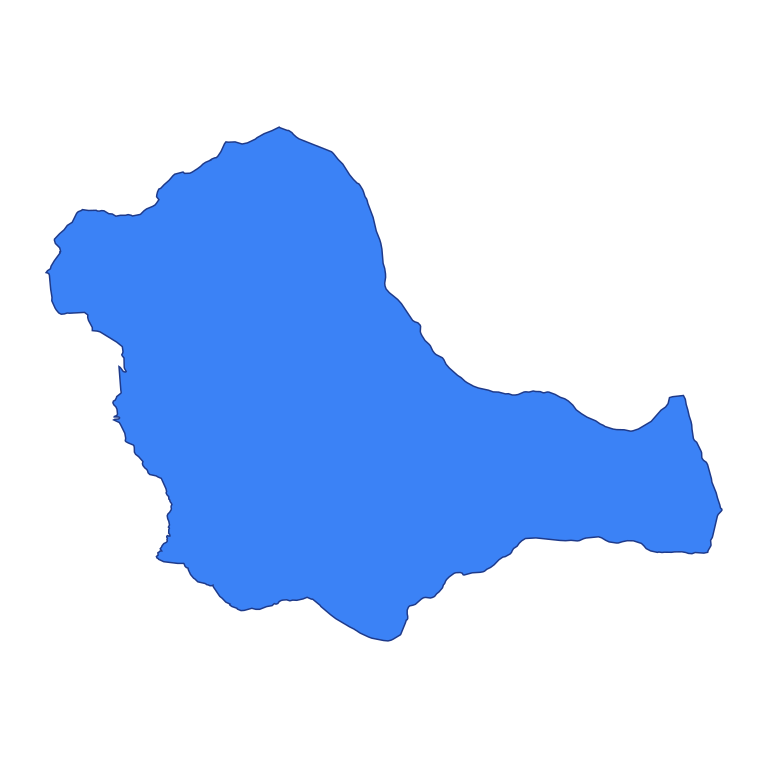 the district of Busteni, Prahova, Romania
{"feature_id": "2599482B44498880667390", "entity_name": "Busteni", "entity_type": "district", "adm_level": 2, "iso_a3": "ROU", "parent_name": "Romania", "parent_adm1": "Prahova", "projection": "natural_earth1", "projection_center": [25.539, 45.419], "detail": "fine", "context": "isolated", "style": "filled", "palette": "blue", "viewbox_px": 768, "rotation_deg": 0, "n_neighbors": 0, "source": "geoboundaries", "source_scale": "gbopen_adm2", "svg_char_len": 6087}
<svg xmlns="http://www.w3.org/2000/svg" viewBox="0 0 768 768"><path d="M703.9,553.1L707.7,552.3L708.1,550.6L710.9,545.7L711.0,544.9L710.6,540.3L712.3,537.5L712.9,535.2L717.4,516.0L718.2,514.4L721.1,511.3L721.9,510.2L721.9,509.6L721.8,509.1L720.6,508.1L720.3,507.2L719.8,504.9L717.5,498.0L716.2,492.9L711.9,482.2L711.4,478.7L707.6,464.7L706.3,462.3L703.5,460.3L702.3,458.7L701.8,457.6L701.6,452.8L701.1,451.3L696.7,442.3L694.4,440.4L693.4,438.5L692.0,429.2L691.7,424.8L691.0,421.5L689.2,416.1L687.8,409.9L686.2,404.5L685.3,399.2L683.4,395.5L672.6,396.7L669.5,397.6L668.1,403.6L665.6,407.0L661.0,410.2L651.2,421.4L638.4,429.0L633.0,430.8L630.8,431.2L624.2,429.8L616.6,429.6L613.2,429.1L605.0,426.5L603.5,425.4L600.1,423.9L595.8,420.9L587.1,417.2L581.3,413.6L576.2,409.8L572.8,405.1L568.3,401.0L564.8,398.8L560.3,397.3L555.1,394.4L548.9,392.1L547.2,392.0L544.6,392.7L543.2,392.8L540.2,391.6L535.7,391.5L533.2,391.0L529.0,392.1L525.8,391.8L524.0,392.0L518.2,394.5L515.3,395.0L512.3,395.0L508.5,393.7L505.5,393.9L498.6,392.1L493.2,391.9L488.5,390.2L478.4,388.0L473.5,386.2L467.1,382.7L464.8,381.1L461.3,377.8L457.6,375.4L449.4,368.1L446.0,364.2L443.8,359.6L442.4,357.8L436.1,354.6L434.5,353.2L432.7,350.8L430.4,345.9L429.2,344.4L425.0,340.5L421.9,335.6L420.7,333.1L420.3,331.4L420.6,326.4L420.2,325.2L417.9,322.8L414.8,321.8L412.6,320.4L401.5,303.8L397.7,299.5L389.2,292.6L386.1,289.0L385.0,285.9L384.7,283.2L385.6,277.3L385.5,273.9L384.7,268.5L383.1,263.3L381.9,249.1L380.8,243.3L379.7,239.6L376.3,231.1L373.1,217.4L367.8,203.3L367.2,200.7L366.6,199.0L365.0,196.6L363.5,191.8L362.6,189.6L360.1,185.5L358.8,183.8L357.2,183.2L353.4,179.4L349.6,174.8L342.8,164.1L338.2,159.5L333.4,153.5L331.6,151.8L299.1,138.9L296.4,137.1L293.5,134.5L291.9,132.6L288.7,130.5L287.2,130.4L279.9,127.7L279.2,127.1L271.9,130.7L264.1,133.7L257.0,137.7L255.4,139.1L247.4,142.9L242.1,144.0L235.1,141.9L228.3,142.2L225.9,141.9L224.5,143.8L221.0,151.5L218.0,156.0L216.4,157.6L214.6,157.9L211.9,159.0L210.4,160.0L210.6,160.2L205.6,162.3L202.9,164.1L200.7,166.3L197.5,168.7L192.0,172.2L189.9,173.2L184.5,173.4L183.2,172.1L182.7,172.1L174.7,174.2L172.9,175.8L169.1,180.3L164.1,184.7L160.7,188.3L158.8,189.1L157.5,192.0L156.8,194.9L156.6,196.8L158.9,199.6L156.5,203.2L155.0,205.0L152.6,206.4L146.6,208.9L144.1,210.7L140.4,214.4L132.4,216.0L131.3,215.3L128.1,214.6L125.5,215.3L120.3,215.3L115.9,216.2L112.3,214.0L108.8,213.7L104.0,210.8L101.5,210.6L99.3,211.1L97.4,211.0L96.2,210.3L88.5,210.5L82.3,209.6L81.6,210.4L78.2,211.7L76.7,213.2L72.2,222.3L67.3,225.4L64.1,229.8L59.7,233.6L54.5,239.1L54.4,240.3L55.4,243.5L59.7,247.8L60.6,251.3L59.8,251.8L59.7,252.2L60.2,252.8L54.4,260.6L51.1,266.1L50.4,268.8L47.5,270.7L46.1,272.6L47.7,273.0L49.0,274.0L49.4,275.2L50.7,289.4L52.0,297.4L51.8,300.8L55.1,308.1L56.3,310.0L58.7,312.9L61.2,314.2L64.4,313.9L67.2,313.0L69.6,313.2L84.5,312.4L87.8,314.9L87.7,317.4L88.5,320.4L92.3,327.5L92.3,330.6L97.3,331.1L100.1,331.9L116.7,342.1L122.3,346.6L123.0,351.5L122.7,353.1L121.8,354.6L122.1,355.6L124.0,358.0L124.2,367.3L124.6,368.7L126.2,371.4L125.7,372.0L125.0,372.0L123.3,371.5L120.2,367.4L119.0,366.6L120.8,390.0L121.2,392.5L120.8,393.3L116.7,396.6L116.4,397.8L115.1,400.2L113.4,401.1L112.9,402.8L113.8,404.8L115.9,406.9L117.0,409.3L117.5,414.0L116.8,415.5L114.3,416.5L114.2,416.9L118.8,417.0L119.6,417.9L119.3,418.5L118.4,419.0L114.7,419.3L113.7,419.9L119.3,422.5L120.7,424.9L124.8,433.2L125.7,438.2L125.3,440.8L126.0,441.7L128.2,442.9L133.3,445.0L133.9,445.7L134.3,447.6L134.4,452.1L135.6,454.3L138.7,456.7L142.9,461.5L142.4,463.8L143.0,465.6L144.8,467.9L146.8,469.5L147.6,471.0L148.1,472.8L149.8,474.5L156.2,475.9L157.8,476.9L161.3,478.4L166.0,488.8L166.6,491.6L166.1,492.9L166.6,494.0L167.3,495.2L168.6,496.5L168.9,499.2L169.7,499.9L170.1,501.6L171.4,503.3L171.9,504.6L171.1,506.1L171.1,507.4L171.4,508.6L171.1,509.9L169.6,512.3L167.9,514.0L167.2,515.8L167.7,518.7L168.8,521.3L169.5,525.0L168.4,527.1L169.2,527.8L169.4,528.3L168.8,529.3L168.7,533.2L169.6,534.3L170.0,535.9L169.0,536.2L167.6,535.6L166.8,536.2L166.7,536.9L167.4,538.6L166.9,539.8L167.3,540.7L167.1,541.5L166.4,542.3L163.8,543.6L162.1,545.7L161.6,547.0L160.2,548.8L161.7,550.9L159.9,551.1L159.5,551.7L157.9,552.7L158.1,555.1L156.4,556.5L157.0,558.0L158.2,558.6L158.6,559.3L163.7,561.7L177.7,563.4L183.7,563.4L184.2,564.1L185.0,566.2L186.3,567.5L188.1,568.2L188.3,569.7L190.6,574.6L193.6,578.2L194.9,579.0L197.8,581.8L205.1,583.5L207.1,584.8L208.0,584.8L209.9,585.7L211.7,585.7L213.0,585.2L213.0,586.1L213.9,587.7L219.8,596.4L222.1,598.2L225.8,602.1L230.0,604.1L229.7,604.4L229.9,605.1L231.9,606.5L237.0,608.3L237.4,609.1L241.0,610.6L244.2,610.4L251.8,608.3L255.8,609.3L259.7,609.3L266.6,606.6L272.1,605.6L274.3,603.6L275.9,604.1L276.8,603.9L277.9,603.4L279.2,601.6L281.1,600.5L282.7,600.1L286.6,599.8L289.9,600.8L292.7,600.1L296.8,600.3L303.1,598.9L307.1,597.3L311.3,599.1L312.7,599.2L320.1,605.3L320.9,606.5L330.7,614.8L335.7,618.6L349.5,626.8L353.9,629.0L360.2,633.1L368.6,637.0L371.9,638.2L383.6,640.5L388.0,640.9L391.0,640.2L393.1,639.2L400.4,634.8L400.7,634.4L405.3,623.1L406.3,620.1L407.2,619.6L407.7,618.5L407.7,616.3L407.2,613.9L407.2,610.1L408.4,607.2L409.6,605.9L412.9,605.2L415.4,604.3L421.4,599.0L423.6,597.7L425.6,597.4L430.4,598.0L432.6,597.4L434.6,596.4L436.6,593.8L439.1,591.8L442.5,587.8L443.4,584.9L444.6,583.6L445.6,581.0L446.6,579.5L449.3,576.8L454.1,573.3L455.9,572.7L460.3,572.5L462.2,573.2L463.2,574.8L464.1,575.0L472.2,572.8L480.2,572.3L483.0,571.8L484.6,571.1L486.9,569.2L490.6,567.4L494.2,564.7L498.9,559.8L501.9,557.7L502.8,557.1L505.3,556.6L510.2,553.9L511.5,552.4L512.2,550.7L513.6,548.5L517.1,546.2L519.2,543.2L521.7,540.8L525.4,538.5L535.9,537.9L559.7,540.4L565.6,540.7L571.0,540.3L577.3,540.9L579.4,540.6L583.6,538.7L586.1,538.0L598.5,536.8L601.6,537.8L605.7,540.3L609.1,541.9L616.4,543.0L618.2,543.0L622.4,541.7L627.2,540.7L633.4,540.8L641.4,543.4L643.8,545.7L646.2,548.6L650.6,550.9L657.5,552.4L658.8,552.0L662.0,552.5L664.4,552.2L671.5,552.3L674.4,551.9L681.9,551.8L685.8,552.5L688.4,553.4L692.0,553.7L695.1,552.5L703.9,553.1Z" fill="#3b82f6" stroke="#1e3a8a" stroke-width="1.5"/></svg>